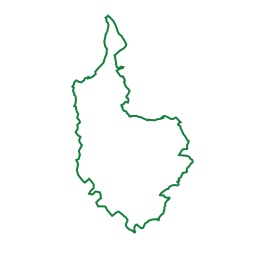 the district of Pegeia, Paphos, Cyprus, rotated 29°
{"feature_id": "46923920B55178384672299", "entity_name": "Pegeia", "entity_type": "district", "adm_level": 2, "iso_a3": "CYP", "parent_name": "Cyprus", "parent_adm1": "Paphos", "projection": "robinson", "projection_center": [32.366, 34.894], "detail": "fine", "context": "isolated", "style": "outline", "palette": "green", "viewbox_px": 256, "rotation_deg": 29, "n_neighbors": 0, "source": "geoboundaries", "source_scale": "gbopen_adm2", "svg_char_len": 4332}
<svg xmlns="http://www.w3.org/2000/svg" viewBox="0 0 256 256"><g transform="rotate(29 128 128)"><path d="M55.8,40.2L54.9,42.4L56.3,43.2L57.6,45.2L59.5,45.9L60.7,46.9L61.7,48.9L62.2,50.9L62.7,52.3L63.1,54.9L63.2,57.7L64.3,60.1L65.2,63.7L66.9,65.8L68.6,67.8L71.4,69.1L72.3,71.8L73.2,72.9L73.6,75.8L73.7,77.5L74.9,82.8L74.4,85.1L73.3,88.9L72.6,92.3L72.1,94.6L73.6,96.6L72.9,98.2L72.0,100.9L70.8,102.2L69.1,103.9L68.7,102.7L67.3,104.2L66.1,105.9L66.5,107.6L65.6,109.4L65.1,110.7L62.9,111.4L61.5,111.5L59.8,111.4L59.2,112.8L58.9,114.7L59.6,116.0L59.2,118.8L61.0,119.0L61.5,121.0L62.4,122.8L64.0,123.4L64.8,125.1L66.7,125.6L67.7,127.0L68.9,128.7L69.5,130.6L70.2,131.7L70.4,134.9L72.2,134.8L73.5,136.5L74.7,137.9L76.3,139.0L77.7,139.9L78.7,143.9L81.1,144.6L82.7,145.7L83.3,146.5L82.4,148.8L82.1,149.7L83.9,152.0L84.5,154.1L84.2,157.0L87.9,158.7L90.7,158.8L91.3,162.8L94.2,164.7L96.0,165.3L96.1,168.9L96.1,171.9L98.9,174.7L99.9,179.1L98.3,181.2L101.7,183.4L103.7,189.6L106.9,193.0L111.3,195.0L114.7,196.4L116.7,196.7L117.8,193.8L118.6,191.3L122.4,192.6L125.5,194.1L127.1,197.3L125.9,200.8L125.8,204.4L129.2,203.4L130.4,199.2L134.7,197.9L136.6,200.0L138.4,202.5L137.0,205.8L136.3,208.5L139.9,211.1L142.4,209.5L146.3,207.7L149.6,209.8L153.9,211.5L156.7,212.5L157.1,211.7L158.7,207.7L160.0,205.7L163.3,206.1L165.5,206.5L167.2,207.0L169.1,207.1L170.8,207.9L172.0,208.5L172.7,210.0L172.6,211.7L172.9,213.3L173.7,214.5L175.0,215.3L176.1,215.6L177.7,215.9L179.3,216.0L181.2,215.7L182.6,215.9L184.3,216.3L184.7,215.6L183.1,214.2L182.2,212.6L181.6,211.2L181.8,209.0L182.7,208.1L183.6,208.5L185.5,208.8L187.2,209.1L188.2,209.2L189.6,208.1L189.5,205.5L189.2,204.1L189.4,202.7L190.9,200.5L190.9,199.1L192.4,197.6L193.9,196.0L196.1,194.7L197.4,193.7L198.7,194.0L199.0,194.1L199.6,193.4L198.7,192.0L198.7,191.8L198.9,189.8L199.2,188.0L200.2,185.8L200.0,183.9L199.5,182.7L199.2,181.2L198.3,179.8L198.2,177.7L197.1,176.1L197.2,174.3L197.4,172.2L198.1,171.1L198.3,169.0L197.9,168.9L195.9,170.1L194.5,170.5L192.7,170.3L192.0,169.6L190.0,170.6L188.6,171.2L188.4,169.5L189.4,167.1L190.3,165.0L191.4,162.9L192.9,161.4L192.7,159.4L193.9,157.5L195.8,155.6L197.7,154.8L199.0,154.3L199.7,152.9L198.9,151.8L198.0,151.0L197.3,151.2L197.4,150.2L198.3,149.7L198.3,149.1L197.8,148.3L197.0,148.1L197.0,147.2L197.7,146.2L198.2,145.3L198.2,144.6L197.8,143.8L197.7,143.1L197.9,142.2L198.0,141.6L197.6,140.7L199.2,139.6L200.0,138.6L200.8,137.7L199.6,136.1L199.3,135.0L199.4,133.5L200.0,131.8L200.2,130.5L200.2,128.9L201.1,126.7L200.8,125.9L199.6,124.7L197.7,124.8L196.3,123.8L194.2,123.5L191.7,124.3L190.1,125.1L188.3,125.7L186.6,126.7L185.6,126.9L185.8,125.1L185.9,123.4L185.8,121.9L186.4,120.0L188.0,118.9L189.8,117.7L189.4,116.5L188.0,114.8L188.0,112.6L187.5,110.1L185.6,109.7L181.8,107.4L179.5,106.5L177.5,105.1L175.9,103.7L174.4,103.1L173.7,101.9L172.7,101.1L171.3,100.9L170.1,100.8L170.0,99.1L171.2,97.5L169.3,97.0L167.2,96.2L164.8,95.6L163.2,98.0L161.8,99.1L160.6,99.3L158.3,99.2L156.4,99.4L154.4,99.6L153.2,100.7L152.7,102.0L153.4,101.7L153.9,102.1L152.9,103.1L151.9,104.3L150.6,105.3L148.9,106.6L148.3,107.7L146.8,108.8L145.2,109.4L143.4,110.3L142.0,110.6L141.8,111.6L140.3,112.0L139.2,111.8L137.7,112.1L136.3,112.2L135.2,112.2L133.9,112.5L132.7,112.7L131.5,113.3L130.2,113.2L129.4,113.5L128.1,114.1L127.1,114.7L126.2,115.2L125.5,115.6L125.2,116.4L124.2,116.9L123.7,117.1L123.6,116.5L122.6,116.4L121.5,115.8L120.6,115.8L119.8,115.7L119.3,114.8L118.0,114.5L116.9,114.5L116.0,114.9L115.1,114.6L113.5,113.4L113.2,113.0L113.0,112.2L111.8,112.1L111.1,111.0L112.0,109.9L112.6,108.9L112.8,107.6L113.3,106.1L115.6,105.9L115.2,103.9L114.2,102.6L113.8,102.1L111.8,102.0L111.2,101.1L111.7,98.2L111.5,94.8L110.1,94.0L109.3,93.8L108.1,93.4L106.6,93.0L105.3,92.2L104.7,91.9L104.2,91.2L103.5,90.6L102.9,90.2L102.0,89.6L102.3,88.6L102.1,87.7L101.1,87.0L99.8,86.4L99.1,85.4L98.0,85.5L97.3,86.2L96.2,86.2L95.4,86.0L94.7,85.6L93.6,84.9L92.5,84.6L91.0,83.8L90.3,83.3L91.0,82.7L91.3,81.4L91.9,80.5L93.1,79.1L93.8,78.6L94.5,77.7L94.4,77.1L93.3,77.6L92.3,77.6L91.8,78.8L91.1,79.7L90.8,80.1L90.3,80.4L89.6,80.5L88.2,79.8L87.1,78.6L85.7,76.3L83.4,73.8L82.0,71.7L81.0,71.0L82.2,67.8L83.5,64.0L85.5,60.9L86.3,58.1L86.1,55.8L82.5,53.3L77.9,50.7L74.4,50.1L71.9,48.3L69.2,45.7L66.7,43.7L63.0,41.4L60.1,40.5L57.6,39.7L55.9,40.5L55.8,40.2Z" fill="none" stroke="#15803d" stroke-width="2"/></g></svg>